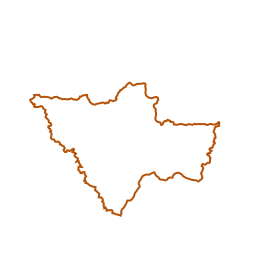 Serra do Salitre, Minas Gerais, Brazil, rotated 48°
{"feature_id": "56859067B6682563181647", "entity_name": "Serra do Salitre", "entity_type": "district", "adm_level": 2, "iso_a3": "BRA", "parent_name": "Brazil", "parent_adm1": "Minas Gerais", "projection": "orthographic", "projection_center": [-46.658, -19.126], "detail": "fine", "context": "isolated", "style": "outline", "palette": "amber", "viewbox_px": 256, "rotation_deg": 48, "n_neighbors": 0, "source": "geoboundaries", "source_scale": "gbopen_adm2", "svg_char_len": 5861}
<svg xmlns="http://www.w3.org/2000/svg" viewBox="0 0 256 256"><g transform="rotate(48 128 128)"><path d="M184.4,56.6L184.2,57.9L184.3,59.6L183.7,61.0L182.7,62.1L181.6,63.1L180.2,63.9L179.5,65.1L179.2,66.2L178.8,67.1L177.9,67.8L177.0,67.8L176.3,68.6L175.4,69.5L174.5,70.6L173.8,71.2L173.1,72.1L172.0,73.1L171.1,74.6L169.7,75.4L169.1,76.7L168.8,77.8L166.7,79.6L165.7,80.3L165.2,81.4L165.0,82.7L164.1,83.3L163.3,84.0L162.4,84.3L161.7,85.2L160.7,85.6L159.9,86.6L159.4,87.7L158.8,88.8L158.0,89.8L156.2,91.5L155.3,91.0L154.4,90.5L153.4,90.8L152.6,91.5L151.8,92.4L150.9,91.8L149.9,92.4L148.4,93.1L148.5,94.9L147.5,95.9L147.5,97.0L147.4,98.0L148.0,98.8L148.5,100.0L147.9,101.3L146.9,101.0L146.1,100.4L145.0,100.5L144.2,101.3L143.2,101.8L142.1,102.2L140.8,102.1L139.4,101.5L138.6,100.7L137.9,99.4L136.6,98.0L135.4,97.0L133.8,96.1L132.8,94.9L131.8,94.8L129.8,94.7L128.9,94.3L128.0,92.9L128.4,91.3L128.8,90.3L128.4,89.0L127.6,88.1L127.4,86.9L126.4,86.1L125.2,85.6L124.1,86.1L123.5,86.8L122.9,87.7L122.4,89.1L121.8,90.2L121.3,90.9L120.2,91.7L119.3,92.2L118.3,92.5L117.4,92.7L116.4,92.7L115.1,92.3L114.0,91.8L113.1,91.2L112.2,90.0L111.3,89.0L109.4,87.8L108.2,87.0L107.4,85.6L106.2,85.6L105.1,86.6L104.3,88.0L103.4,89.3L102.7,90.1L101.9,90.9L101.1,92.0L100.8,93.7L100.3,95.1L99.5,95.7L98.5,96.1L97.2,96.0L95.4,96.4L95.1,98.1L95.0,99.5L95.3,100.8L95.8,101.9L95.6,103.1L95.1,104.3L95.3,105.8L95.1,107.5L94.7,108.9L95.4,109.6L95.4,110.8L95.3,111.8L96.0,112.8L96.7,114.2L96.9,115.7L97.6,117.0L98.7,117.0L99.2,118.0L98.6,119.7L98.1,121.1L97.0,121.6L95.2,123.0L95.6,124.5L96.2,125.6L95.8,126.5L94.8,126.9L94.8,128.3L93.9,128.8L92.8,129.0L91.9,130.3L91.2,131.4L89.9,133.9L89.0,135.1L88.8,136.5L87.7,137.6L86.4,138.5L85.0,138.7L83.6,138.9L82.0,138.6L81.0,137.9L80.0,138.1L78.9,137.9L77.4,137.5L76.1,136.3L75.2,137.4L73.9,139.4L73.3,140.6L73.3,142.1L72.5,142.7L73.4,144.8L73.2,146.0L72.7,147.4L71.5,148.1L70.7,149.2L69.3,149.7L67.9,150.5L67.6,151.9L65.8,154.3L64.8,154.9L64.1,155.7L62.7,157.5L61.0,158.2L60.3,159.1L59.4,159.4L58.0,159.6L56.9,160.3L56.3,161.2L55.7,162.0L55.3,163.9L55.0,165.3L53.9,165.7L52.7,166.0L51.8,166.7L50.7,167.5L48.2,170.0L47.5,171.1L46.9,171.9L45.8,172.0L44.7,172.1L43.8,171.9L43.4,173.0L42.4,173.5L41.6,174.4L40.7,175.7L42.3,176.4L42.4,178.0L42.2,179.7L41.9,180.6L41.6,181.8L42.5,182.3L43.7,182.5L45.1,182.3L46.4,182.7L47.4,181.5L48.4,181.7L48.8,183.3L50.1,183.3L52.3,180.6L53.0,179.4L53.3,178.1L54.5,177.5L55.7,177.4L56.7,177.9L58.4,177.7L59.7,177.3L60.2,178.5L61.1,179.5L63.5,179.2L63.8,180.2L64.1,181.3L65.0,182.1L66.2,181.9L67.1,181.8L68.0,181.9L69.0,181.8L70.1,182.3L70.9,183.1L71.8,182.7L73.0,182.3L74.5,183.1L74.5,184.5L73.4,185.9L74.3,186.9L75.4,186.9L76.5,186.4L77.6,187.2L78.6,187.0L78.7,188.4L80.1,188.2L81.2,188.7L82.0,189.7L82.9,190.5L83.6,191.9L85.5,192.1L86.7,190.9L87.6,190.6L88.5,191.1L89.4,191.3L90.3,190.4L90.9,189.6L91.6,188.8L92.5,188.5L93.5,188.7L94.6,189.7L95.6,188.8L97.3,188.7L98.4,188.1L99.4,188.1L100.7,188.5L101.2,190.6L102.7,191.0L103.7,190.9L104.6,189.9L103.8,188.4L104.8,187.3L105.7,187.1L106.3,186.2L106.6,184.8L106.6,183.7L106.9,182.5L107.9,182.5L108.6,183.9L108.7,185.3L110.1,184.8L111.1,184.0L112.2,183.8L112.3,185.1L112.7,186.2L114.0,186.4L115.3,186.2L116.3,185.7L117.4,185.7L118.0,186.9L118.6,188.8L119.1,187.5L119.8,186.8L120.7,187.6L121.7,187.9L123.4,188.1L124.7,188.4L126.0,188.5L125.0,189.5L124.0,189.9L123.8,190.9L124.9,191.8L125.8,193.0L127.1,192.8L128.6,192.9L129.7,193.5L130.6,192.7L130.5,191.3L131.6,189.9L132.8,190.7L133.7,191.2L134.9,191.2L136.1,191.6L136.1,192.9L136.8,193.7L137.2,194.7L138.0,195.9L138.6,194.9L139.6,195.2L140.5,196.4L141.1,195.7L142.1,195.2L145.1,194.8L146.5,194.2L147.6,193.5L148.6,193.1L149.3,192.2L150.3,191.7L152.1,194.1L153.1,193.9L154.2,193.5L155.5,193.7L157.1,193.3L158.3,193.8L159.0,195.1L159.9,196.2L161.9,194.3L163.4,194.3L165.0,195.0L165.2,196.3L166.1,196.5L167.1,196.1L168.2,196.8L168.7,197.7L169.6,198.2L170.5,197.9L170.8,198.9L171.9,199.4L172.0,198.4L173.0,197.9L174.1,198.3L175.2,199.2L175.7,198.2L176.1,197.2L177.1,196.5L178.0,195.1L179.1,194.9L180.9,196.6L181.8,195.8L182.6,195.2L183.8,194.8L184.7,194.1L187.2,192.5L188.2,192.1L187.4,190.7L186.9,189.8L186.0,189.4L185.2,188.5L184.6,187.3L184.4,186.0L184.4,184.7L184.2,183.4L183.7,182.1L183.2,180.6L182.7,179.2L181.9,178.0L181.4,177.1L182.2,176.3L182.9,175.4L183.6,174.1L183.5,172.2L183.1,170.7L182.9,169.6L181.4,167.1L180.8,165.8L180.7,164.5L180.3,162.9L179.9,161.4L179.7,160.2L179.6,159.1L179.1,158.2L177.0,157.6L175.9,156.6L175.4,155.3L175.0,154.2L174.8,153.1L174.3,151.8L173.8,150.3L173.6,149.0L173.9,147.9L174.3,146.6L174.8,145.6L176.6,143.7L177.2,142.6L177.3,141.4L178.1,138.9L178.7,138.1L180.1,138.4L181.1,138.8L182.2,139.0L183.6,138.7L184.7,138.4L185.6,138.4L186.6,138.7L187.6,138.6L188.5,138.0L189.9,136.5L191.2,135.8L192.1,135.1L192.4,134.0L192.4,132.8L192.2,131.6L192.6,130.3L194.7,128.1L193.7,126.7L193.3,125.1L193.4,123.6L193.7,122.7L194.1,121.7L195.1,120.4L196.6,119.7L198.0,119.2L199.5,119.2L200.8,119.2L201.9,118.9L203.2,118.5L204.4,118.0L205.3,117.5L207.6,116.1L208.8,115.5L209.8,114.8L210.6,114.1L211.7,113.3L212.6,112.2L213.8,111.8L214.9,111.4L215.0,110.2L214.9,109.0L215.3,108.1L214.8,106.0L213.3,105.4L212.4,104.7L211.5,104.3L210.5,104.1L209.8,101.6L208.9,100.4L208.4,99.2L207.5,98.7L206.5,98.4L205.5,98.7L204.8,97.4L204.8,96.4L205.8,96.0L206.9,95.3L207.2,92.0L208.3,91.1L208.1,89.8L207.3,89.0L206.2,88.1L205.6,86.8L204.2,86.7L202.6,86.1L201.5,87.0L200.6,86.9L200.2,86.0L200.7,84.6L201.6,83.6L200.5,82.6L200.8,81.3L199.8,81.7L198.3,81.7L198.0,80.3L198.9,79.4L198.9,78.1L198.2,77.4L198.1,76.3L197.4,75.2L197.6,73.8L196.5,73.2L195.5,73.7L194.8,72.6L194.4,71.4L193.4,70.6L193.8,69.4L192.0,68.2L191.2,67.6L189.8,67.2L188.3,67.2L187.5,66.0L187.0,64.7L186.3,63.9L185.7,63.1L185.8,62.0L186.4,60.9L186.7,59.9L187.3,58.7L186.1,58.0L185.5,56.7L184.4,56.6Z" fill="none" stroke="#b45309" stroke-width="2"/></g></svg>